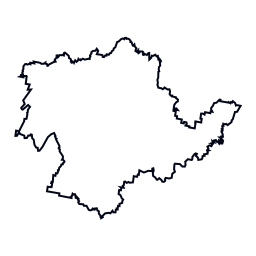 the district of Cowra, New South Wales, Australia
{"feature_id": "25037944B9471741195126", "entity_name": "Cowra", "entity_type": "district", "adm_level": 2, "iso_a3": "AUS", "parent_name": "Australia", "parent_adm1": "New South Wales", "projection": "equal_earth", "projection_center": [148.827, -33.811], "detail": "fine", "context": "isolated", "style": "outline", "palette": "ink", "viewbox_px": 256, "rotation_deg": 0, "n_neighbors": 0, "source": "geoboundaries", "source_scale": "gbopen_adm2", "svg_char_len": 5750}
<svg xmlns="http://www.w3.org/2000/svg" viewBox="0 0 256 256"><path d="M240.6,105.8L236.7,105.1L235.9,105.5L235.2,103.1L232.9,101.2L232.2,102.5L231.0,102.0L230.5,103.3L228.5,102.1L228.3,102.6L220.3,101.2L220.5,99.8L219.6,99.6L216.5,102.7L214.1,103.1L212.9,105.8L211.1,108.2L211.3,110.8L212.0,110.9L212.4,111.8L210.6,111.5L210.3,113.2L205.1,112.2L204.5,114.6L202.9,113.6L201.1,113.6L200.4,118.6L201.7,118.8L201.2,122.5L195.4,121.4L195.2,122.7L195.6,122.7L194.7,128.4L189.2,127.4L189.4,126.3L185.6,125.6L186.8,123.8L186.3,122.3L184.1,121.9L183.8,123.4L181.2,122.9L181.8,119.5L176.8,118.5L177.1,116.2L175.1,115.8L175.8,111.3L173.4,110.8L173.6,109.3L177.7,110.0L176.4,108.4L173.7,108.7L174.3,104.8L176.3,102.2L177.8,101.4L177.9,99.5L175.9,98.0L175.9,97.3L171.9,96.4L172.1,95.6L170.5,95.4L169.6,94.0L170.1,91.6L169.4,89.3L167.6,89.5L164.5,87.5L163.7,88.7L162.6,89.2L161.5,88.3L158.4,87.7L157.4,84.7L157.9,83.1L157.4,79.8L158.2,77.7L158.4,71.7L159.2,71.3L158.7,69.4L159.0,67.0L160.2,65.6L159.8,61.9L160.5,62.0L161.0,61.1L159.8,59.3L159.3,60.0L158.3,59.6L158.4,57.7L158.0,57.6L157.8,55.9L156.6,56.4L155.3,54.7L153.1,55.9L151.8,55.7L151.2,57.8L149.3,59.6L149.2,53.0L148.4,53.1L146.9,55.0L144.4,53.8L143.8,55.0L143.1,54.8L142.8,53.8L143.2,52.2L142.5,51.5L139.6,51.4L139.5,52.5L138.4,53.2L137.8,51.8L138.0,50.4L136.7,51.8L135.5,51.1L135.7,49.5L136.5,48.4L134.8,46.4L134.4,44.5L133.4,45.8L132.8,45.6L131.5,42.1L130.4,42.0L130.5,40.7L129.2,39.2L127.7,38.6L126.5,38.9L126.2,37.9L124.7,38.0L124.1,39.2L122.9,38.5L121.3,39.0L118.6,41.6L117.2,41.9L115.3,47.3L113.8,48.4L113.3,50.2L112.0,51.0L111.0,53.1L109.7,53.3L108.8,54.8L106.7,54.3L106.5,55.6L105.2,55.5L104.0,57.1L102.7,56.9L102.5,55.2L101.6,54.9L96.8,54.2L98.2,50.8L96.7,48.8L95.6,50.7L92.9,51.0L91.4,52.1L91.4,53.5L90.0,55.5L90.4,56.6L89.8,57.4L89.7,59.0L88.4,58.8L84.8,59.6L82.7,58.7L80.8,60.2L80.2,59.4L79.0,60.0L78.4,59.1L78.0,60.4L76.6,61.8L75.2,60.3L74.1,62.7L73.9,62.2L72.9,62.5L72.6,61.6L71.4,62.5L70.8,61.4L71.2,60.7L70.6,58.9L69.1,58.2L68.7,55.8L64.9,52.6L64.1,52.9L63.9,55.5L63.0,55.2L63.0,54.7L62.5,55.2L59.6,55.1L58.7,56.4L58.4,55.5L57.7,55.5L57.5,56.1L57.3,55.4L56.6,55.5L56.6,57.5L54.8,59.6L55.6,61.7L55.0,61.8L54.6,60.8L54.2,61.8L49.0,64.5L47.8,65.9L47.3,65.8L47.0,64.1L45.3,63.6L45.4,62.6L43.7,63.8L41.4,63.8L40.1,62.8L33.7,61.6L34.3,63.4L30.2,62.7L29.9,63.6L30.6,63.7L30.5,64.3L29.4,63.8L27.3,64.6L26.4,64.0L25.0,64.2L23.4,66.4L23.4,69.0L22.6,70.5L23.0,71.5L22.3,72.4L22.8,74.0L22.3,73.9L21.8,75.4L21.1,75.2L21.2,75.9L19.8,76.6L23.5,77.3L23.7,76.0L26.4,76.0L26.7,76.4L25.7,83.8L29.7,84.5L27.7,89.7L31.0,89.5L23.2,100.4L24.7,104.0L21.2,107.9L21.8,109.2L22.7,109.6L28.1,105.0L30.0,106.8L27.9,109.8L27.7,112.3L27.1,112.8L27.4,114.2L26.5,118.8L24.4,118.9L24.1,121.3L19.1,131.2L16.1,130.6L15.4,135.9L17.0,135.8L18.7,132.6L19.4,132.7L20.0,134.0L24.3,135.6L24.6,138.1L26.8,138.0L28.3,135.5L30.2,135.5L30.8,134.4L31.8,134.7L32.2,138.2L33.7,139.7L34.5,144.8L36.2,147.6L37.7,147.8L38.1,150.8L39.5,150.7L42.5,146.8L47.9,137.1L51.1,134.3L54.1,133.0L55.2,135.3L55.5,136.0L55.0,136.3L55.9,138.5L56.5,138.7L56.1,139.5L59.4,145.9L59.5,147.2L58.8,147.7L58.7,148.5L59.9,149.4L59.6,151.3L62.8,156.1L63.0,157.7L62.1,159.6L62.8,159.5L64.5,161.4L63.9,162.6L62.9,163.2L62.8,164.3L61.4,164.5L60.8,166.3L59.3,167.5L58.7,170.3L58.0,170.2L57.7,172.6L57.3,173.4L55.9,173.2L55.4,175.8L53.3,175.1L52.8,181.9L51.6,181.7L51.2,183.1L52.2,183.3L51.7,186.8L51.0,186.7L50.8,187.2L47.7,186.7L47.0,191.3L59.4,193.4L59.1,195.6L71.5,198.0L71.5,197.1L70.7,196.8L72.0,195.9L72.6,193.7L73.7,194.6L74.8,194.1L75.3,194.8L75.7,197.8L76.9,198.0L77.1,197.2L78.6,198.9L77.9,199.6L79.1,201.1L78.2,202.2L79.3,204.0L83.3,204.3L83.9,205.8L86.5,205.8L88.8,209.9L90.3,210.4L92.0,209.7L92.5,208.8L93.1,209.5L94.1,208.6L94.8,209.5L95.8,208.4L96.8,208.3L97.4,210.5L98.8,211.2L98.9,213.7L100.5,215.6L100.5,217.0L101.2,217.4L101.2,218.1L102.8,217.2L102.5,216.0L105.1,213.4L108.8,212.8L110.4,213.3L112.5,210.8L113.3,212.3L115.5,212.3L115.8,209.6L117.5,209.5L117.2,208.7L117.6,208.8L118.1,205.8L119.5,206.1L119.6,203.8L122.2,202.9L122.2,201.3L123.2,199.6L121.8,198.3L120.5,195.2L118.6,194.0L119.2,190.0L120.9,190.3L121.3,187.8L120.7,187.3L123.7,187.7L122.8,185.8L123.8,185.1L124.2,181.8L125.1,181.5L126.7,182.9L128.4,182.0L129.6,182.7L132.9,182.4L133.8,176.2L137.0,176.8L137.8,174.6L138.8,174.8L139.4,170.3L143.9,172.5L148.4,170.8L151.5,171.1L152.3,170.0L152.3,168.6L153.3,168.3L153.7,170.4L152.8,173.1L153.2,176.0L155.4,177.6L156.7,179.6L157.5,179.8L159.3,178.2L161.6,180.2L162.2,181.6L163.8,181.9L165.2,180.8L165.0,178.9L165.7,177.9L169.1,178.5L171.7,177.8L172.3,173.7L174.9,171.8L174.1,169.2L174.4,164.6L174.9,163.7L179.9,164.1L182.3,166.5L184.8,166.6L185.5,165.2L185.3,161.6L187.9,159.2L191.7,160.0L192.3,159.1L192.4,156.9L194.6,154.0L195.7,153.4L196.9,153.9L195.9,155.9L197.9,157.6L198.3,159.9L201.7,159.3L202.3,158.4L202.6,156.1L204.6,155.8L204.1,154.3L207.5,153.8L207.4,152.5L207.8,152.2L207.2,150.8L208.9,150.4L207.5,149.6L208.4,148.4L207.4,146.7L209.4,145.4L211.4,146.2L212.0,145.0L211.7,144.4L212.6,143.6L211.5,143.3L212.8,142.9L212.6,141.9L213.2,142.6L213.3,141.5L214.1,141.9L213.5,140.9L213.9,140.5L215.3,140.2L215.1,140.7L216.3,140.9L217.0,141.8L217.6,141.5L218.9,143.1L219.0,140.8L220.0,141.9L219.8,142.6L220.5,142.2L220.2,143.4L221.5,143.5L221.0,142.3L222.5,142.9L223.1,140.8L222.6,140.0L221.8,140.6L220.5,139.8L221.1,139.4L220.9,138.5L219.8,137.5L221.4,137.6L221.2,136.7L222.9,136.8L222.9,136.2L221.7,135.9L222.5,135.7L222.7,134.2L221.5,131.8L222.1,131.3L221.8,130.6L222.6,130.4L222.6,129.3L221.9,128.8L222.7,128.1L222.3,126.5L223.3,126.0L222.7,125.3L223.5,124.5L223.4,123.8L225.0,124.3L226.2,123.9L227.6,125.1L231.5,122.1L231.7,120.3L232.7,119.5L235.0,112.0L237.1,111.8L240.6,105.8Z" fill="none" stroke="#020617" stroke-width="2"/></svg>